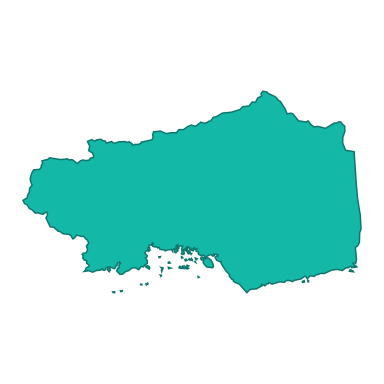 Pohuwato, Gorontalo, Indonesia (Mercator projection)
{"feature_id": "22746128B36723886609479", "entity_name": "Pohuwato", "entity_type": "district", "adm_level": 2, "iso_a3": "IDN", "parent_name": "Indonesia", "parent_adm1": "Gorontalo", "projection": "mercator", "projection_center": [121.655, 0.703], "detail": "fine", "context": "isolated", "style": "filled", "palette": "teal", "viewbox_px": 384, "rotation_deg": 0, "n_neighbors": 0, "source": "geoboundaries", "source_scale": "gbopen_adm2", "svg_char_len": 6071}
<svg xmlns="http://www.w3.org/2000/svg" viewBox="0 0 384 384"><path d="M341.0,122.1L338.8,121.8L336.7,123.0L334.4,123.0L325.4,128.4L318.2,126.4L314.0,126.9L310.9,124.5L308.2,120.9L305.9,122.0L298.5,120.8L292.8,113.8L290.7,113.2L287.1,113.8L285.1,108.9L280.3,101.3L278.2,100.2L276.2,97.5L274.0,96.1L268.3,93.5L266.7,91.9L262.7,91.3L261.0,93.7L261.5,96.2L257.8,97.8L255.5,102.3L252.2,102.0L249.0,106.0L242.8,106.7L239.8,109.6L231.5,112.2L222.4,113.1L216.8,116.4L213.3,117.4L210.6,121.0L208.8,121.2L207.1,122.5L204.6,123.3L200.8,122.2L195.5,126.3L191.3,125.1L187.6,126.6L183.5,129.6L179.0,129.6L176.4,132.8L171.2,132.7L166.3,133.6L160.5,131.1L153.5,131.8L152.7,134.5L153.1,137.3L151.9,139.9L141.1,142.2L141.1,143.3L138.5,144.4L134.6,144.4L134.0,145.1L132.5,145.1L132.1,143.8L129.1,141.7L127.6,142.5L125.1,141.6L118.8,141.8L115.1,143.1L112.9,142.8L111.7,141.5L106.4,143.1L105.2,141.0L102.6,140.6L101.1,139.3L97.1,139.7L94.5,141.1L91.7,139.6L87.5,141.4L89.7,146.2L88.7,150.7L92.5,153.0L93.6,155.8L93.2,157.8L91.1,157.9L90.0,158.5L89.7,159.8L86.7,160.6L82.5,160.0L80.3,160.9L77.3,163.5L72.3,159.7L68.7,159.9L67.5,158.8L60.9,159.6L49.5,157.8L48.2,159.2L42.0,160.9L42.5,163.8L41.3,165.4L41.2,167.4L39.4,169.4L33.7,169.8L31.8,173.0L30.3,177.9L30.5,181.1L32.1,185.2L29.7,188.1L29.2,192.5L27.6,195.3L27.1,198.0L23.0,200.3L24.5,203.5L27.2,204.9L29.3,208.5L31.9,209.7L35.3,213.1L37.4,212.8L43.1,214.3L46.2,211.8L47.2,212.6L47.5,215.4L46.1,217.5L46.2,218.5L50.2,226.8L53.9,227.3L58.0,231.1L60.8,231.9L62.7,233.7L69.5,234.5L71.3,236.2L72.6,238.8L73.9,238.5L76.9,235.1L81.6,236.5L83.5,236.2L86.3,239.5L87.1,239.5L88.7,243.1L86.5,245.9L87.6,250.1L86.0,253.0L83.6,253.1L82.1,254.4L82.9,255.3L82.9,258.3L84.4,260.1L86.6,260.5L86.7,263.4L89.2,265.1L88.9,266.4L86.0,268.0L85.8,269.7L84.2,271.4L88.7,270.7L92.7,272.2L96.1,270.6L100.5,270.1L102.4,268.7L103.1,270.2L104.6,270.2L105.5,269.7L106.3,267.5L109.4,266.6L108.1,267.3L107.5,269.7L109.2,271.8L110.3,270.1L109.7,267.4L110.6,267.1L114.2,268.7L115.5,267.7L115.6,265.9L117.0,265.7L117.4,263.0L119.1,262.9L119.6,262.0L120.6,263.3L118.9,265.0L119.1,267.7L117.8,268.1L116.6,270.8L120.0,274.4L122.9,274.0L125.5,271.6L128.8,270.6L131.8,268.1L135.1,267.7L138.7,269.7L141.3,266.5L143.4,266.9L145.4,264.3L147.3,263.6L147.4,260.7L145.4,258.0L146.9,257.1L147.3,255.8L145.2,253.6L145.1,252.3L146.4,250.7L148.2,251.0L147.7,247.7L148.9,247.0L149.1,244.9L151.3,245.2L152.3,242.9L153.3,243.6L152.2,245.2L152.7,246.3L155.0,247.0L156.0,246.6L157.9,248.0L159.0,247.3L160.1,249.4L164.5,250.0L165.1,250.9L167.8,249.8L171.5,249.6L172.7,251.5L172.9,249.5L174.8,248.7L174.6,252.0L175.8,252.8L178.0,250.6L176.6,249.5L176.0,246.5L176.5,245.4L177.6,246.2L178.1,243.9L177.5,249.0L178.7,248.6L178.8,247.0L180.1,245.9L182.5,245.9L181.7,249.2L182.1,252.6L181.4,253.8L182.8,254.6L184.3,253.8L183.6,249.8L186.6,250.9L188.3,253.8L190.1,253.6L190.1,251.9L189.4,252.6L189.1,252.4L189.0,251.1L185.1,248.8L186.2,248.0L187.5,249.2L187.9,248.3L186.9,247.0L187.6,246.7L189.8,247.9L189.7,249.6L191.2,250.1L191.8,248.9L192.5,250.7L193.4,250.7L193.6,248.5L194.5,247.8L195.2,249.7L196.9,248.9L196.2,251.2L198.3,252.0L198.5,254.3L200.9,255.5L203.0,255.0L204.6,255.7L204.5,257.6L206.3,257.4L207.5,255.8L210.8,254.5L212.8,256.1L213.3,255.1L213.7,255.9L214.5,255.6L214.3,254.0L217.9,254.6L218.0,256.0L217.2,255.6L215.1,257.4L216.6,260.2L219.5,261.6L221.2,261.5L220.9,262.7L222.1,265.1L226.2,271.3L229.5,274.5L229.2,276.0L231.5,279.0L233.3,279.8L233.3,281.0L234.9,282.3L239.3,284.1L246.9,292.7L249.8,289.5L256.6,288.8L260.5,286.6L261.4,284.8L261.6,286.0L263.9,284.7L264.9,285.8L266.8,283.9L268.3,283.7L268.7,282.5L272.2,284.1L279.7,281.8L284.5,282.3L286.5,280.4L290.4,280.7L292.5,281.6L294.4,280.3L301.0,279.0L304.5,276.4L305.6,276.4L307.3,278.8L310.0,275.8L314.3,276.4L315.8,274.8L318.0,274.6L320.3,273.4L324.3,273.5L331.9,270.0L337.5,269.4L342.3,270.5L346.2,267.7L348.4,267.7L350.1,266.5L352.0,267.0L351.9,267.6L353.6,267.3L355.0,266.1L353.1,263.4L355.0,262.8L355.7,263.4L356.5,259.7L355.4,247.4L357.6,246.0L359.4,242.5L359.7,232.7L361.0,229.2L360.3,215.5L357.6,198.8L356.2,183.1L354.1,151.7L345.5,150.2L342.7,143.0L342.8,137.3L344.8,131.7L344.8,126.2L342.3,124.2L341.0,122.1ZM208.0,257.9L204.2,259.1L203.1,261.7L203.5,263.4L206.8,267.0L212.6,267.7L213.5,266.3L212.5,262.6L210.8,259.8L208.0,257.9ZM184.2,265.9L182.5,266.1L183.3,268.1L179.7,266.3L179.0,267.7L180.1,268.4L185.6,268.4L185.6,267.1L184.2,265.9ZM147.6,265.7L146.0,266.0L145.7,266.9L149.3,269.1L149.7,268.1L149.1,266.5L147.6,265.7ZM202.0,256.9L201.0,257.4L200.7,258.9L201.9,260.1L203.9,258.9L203.4,257.5L202.0,256.9ZM352.9,270.8L350.2,269.6L349.4,271.3L353.5,271.8L352.9,270.8ZM163.1,268.0L161.0,267.5L162.2,268.9L161.4,270.3L161.7,271.6L163.1,268.0ZM302.8,282.5L304.4,282.1L304.2,280.6L302.3,281.5L302.8,282.5ZM170.9,268.1L168.3,267.3L168.6,268.7L170.9,268.1ZM188.7,268.2L186.8,267.1L186.6,268.7L187.8,268.9L188.7,268.2ZM146.3,285.0L148.1,283.9L147.6,283.1L145.9,283.9L146.3,285.0ZM149.7,249.0L148.3,250.2L148.8,251.3L150.1,250.1L149.7,249.0ZM186.2,259.2L184.9,259.5L185.3,260.9L187.0,260.3L186.2,259.2ZM191.3,258.4L190.6,259.4L192.3,260.6L192.5,259.9L191.3,258.4ZM196.7,259.7L197.0,258.6L195.3,258.0L195.7,259.3L196.7,259.7ZM169.3,261.9L168.2,262.3L168.4,263.2L170.2,263.0L169.3,261.9ZM114.7,292.7L114.6,291.7L112.7,291.9L113.2,292.6L114.7,292.7ZM120.9,291.7L122.1,291.3L122.3,290.6L120.4,290.8L120.9,291.7ZM356.8,266.9L355.6,265.8L354.8,267.3L356.8,266.9ZM181.5,256.7L181.5,258.0L182.8,258.0L182.8,257.4L181.5,256.7ZM189.2,258.7L188.7,259.4L190.0,260.2L190.1,259.4L189.2,258.7ZM159.2,257.7L160.0,257.5L160.4,256.6L158.9,256.8L159.2,257.7ZM307.8,280.2L307.9,281.7L308.5,281.9L308.6,280.7L307.8,280.2ZM160.9,276.3L161.5,275.3L160.3,275.0L160.9,276.3ZM188.7,265.9L187.1,265.2L186.8,265.6L187.9,266.4L188.7,265.9ZM141.0,284.0L140.6,284.6L142.0,284.8L142.0,284.4L141.0,284.0ZM195.7,262.4L195.1,261.2L194.6,261.7L195.7,262.4ZM150.2,248.0L149.2,247.3L148.7,247.7L150.2,248.0ZM198.3,277.6L199.1,277.2L198.1,276.6L198.3,277.6ZM191.6,253.5L190.8,253.4L191.1,254.3L191.6,253.5Z" fill="#14b8a6" stroke="#0f766e" stroke-width="1.5"/></svg>